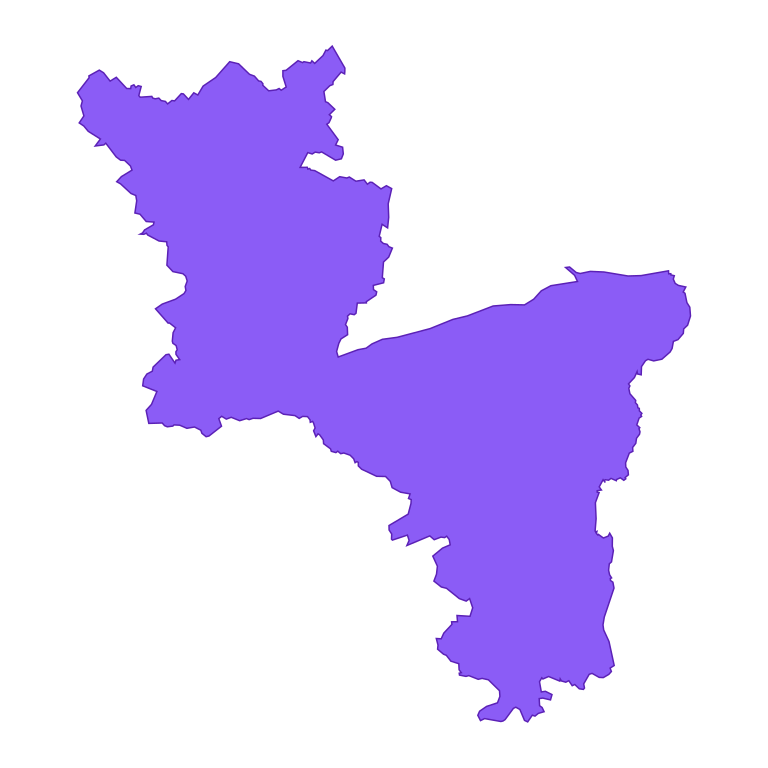 outline of Dundalk South Lea-7, Louth, Ireland
{"feature_id": "5873133B29176849558462", "entity_name": "Dundalk South Lea-7", "entity_type": "district", "adm_level": 2, "iso_a3": "IRL", "parent_name": "Ireland", "parent_adm1": "Louth", "projection": "albers", "projection_center": [-6.463, 53.981], "detail": "fine", "context": "isolated", "style": "filled", "palette": "violet", "viewbox_px": 768, "rotation_deg": 0, "n_neighbors": 0, "source": "geoboundaries", "source_scale": "gbopen_adm2", "svg_char_len": 6059}
<svg xmlns="http://www.w3.org/2000/svg" viewBox="0 0 768 768"><path d="M332.2,46.1L327.5,50.6L325.9,50.1L323.0,55.6L314.7,63.4L311.9,60.8L310.6,63.0L303.9,61.7L302.6,62.6L298.0,60.7L286.1,70.3L282.9,70.7L282.9,76.4L286.2,87.0L281.2,90.2L279.1,88.5L276.3,89.9L268.7,90.8L262.8,85.3L262.9,83.7L261.0,81.4L258.6,80.9L254.4,76.1L249.5,74.3L238.6,63.8L229.7,61.7L215.7,77.5L203.1,86.1L197.8,95.0L193.8,92.8L188.5,99.4L183.4,93.9L181.3,93.6L174.6,100.9L171.9,100.5L167.6,103.9L165.4,101.4L161.2,100.6L158.8,98.1L155.2,98.8L152.8,98.1L151.8,96.4L140.2,97.2L138.8,95.6L141.2,86.5L138.2,85.7L135.8,87.5L133.9,84.8L131.1,86.0L130.7,88.6L126.7,88.5L116.3,77.3L110.1,81.1L103.6,72.8L99.3,70.1L88.9,75.9L89.1,77.7L77.5,92.7L82.4,100.9L81.0,106.0L83.9,115.9L79.2,122.9L83.8,126.0L88.3,131.4L100.4,139.0L95.2,146.0L103.9,144.9L105.8,143.2L116.2,156.9L120.6,160.2L124.6,160.4L130.4,165.9L132.0,170.1L121.4,176.6L116.7,181.7L120.5,183.8L131.0,193.5L135.8,195.5L136.7,200.8L134.9,213.0L140.0,214.2L146.2,221.5L154.0,222.1L153.4,224.8L144.6,229.9L142.5,233.0L140.3,234.1L143.8,234.3L146.4,233.2L147.7,235.0L159.0,241.0L166.7,241.8L167.0,245.4L168.2,246.8L166.9,265.2L172.9,271.6L182.9,273.7L185.7,276.2L187.2,281.0L185.2,286.5L185.9,290.5L184.0,293.6L175.5,299.2L162.2,304.1L155.5,308.8L168.1,323.1L169.5,323.0L175.6,327.8L173.1,332.7L172.3,341.2L172.9,343.3L176.1,345.5L177.2,349.7L175.9,351.8L176.0,354.4L179.7,359.6L176.0,360.2L175.0,363.1L168.9,354.2L166.0,354.7L153.1,367.1L152.3,371.2L146.9,374.0L143.6,379.0L142.7,385.8L156.9,391.5L151.5,404.4L146.1,410.4L148.8,423.4L162.2,423.0L164.6,425.7L167.3,426.8L172.8,426.1L174.1,424.9L179.7,425.2L186.9,428.3L194.5,427.0L200.8,430.2L201.9,433.3L206.1,436.7L209.0,436.0L221.5,426.2L218.8,418.6L221.7,416.3L226.3,419.1L231.2,417.3L239.7,420.7L246.5,418.6L249.1,419.6L253.0,418.3L260.6,418.5L278.2,411.1L283.4,414.2L295.0,415.6L299.2,418.4L302.6,416.4L307.5,416.6L310.0,419.8L310.3,422.3L312.6,421.4L313.5,422.9L315.1,428.0L313.6,430.8L315.9,436.6L318.1,433.8L319.7,434.9L323.3,439.9L323.6,443.7L330.5,448.8L331.3,451.3L335.9,452.6L337.8,451.2L340.7,453.7L343.8,453.0L350.1,455.2L353.7,458.8L355.1,462.7L356.9,461.6L358.3,462.4L358.3,465.9L361.6,469.2L376.6,476.3L385.6,476.5L390.3,481.4L392.1,487.6L400.6,492.2L410.1,493.9L408.5,498.5L411.2,499.6L411.0,503.4L408.2,514.1L389.0,525.5L389.1,530.0L391.7,534.0L391.5,539.1L392.4,540.1L407.4,535.1L409.1,540.4L406.9,545.5L429.8,535.9L434.2,539.7L441.0,537.1L444.6,537.6L446.7,536.2L449.2,539.5L450.2,544.8L442.5,548.1L432.8,556.1L437.4,566.2L436.5,574.2L433.9,581.1L441.3,587.0L446.5,588.3L459.3,598.6L466.2,601.1L469.6,598.6L472.7,607.8L470.0,616.3L457.0,615.5L457.5,621.7L451.6,621.8L451.9,624.4L443.8,633.1L441.2,638.8L436.3,638.5L438.0,645.1L437.6,649.2L443.5,654.2L446.3,655.3L450.9,661.2L458.8,663.7L459.1,669.8L461.3,672.7L459.2,673.2L459.5,675.1L466.0,676.4L468.8,675.6L478.2,679.3L482.1,678.4L488.4,679.8L499.5,690.7L499.9,696.4L497.5,702.8L486.6,706.4L479.6,711.2L477.8,715.3L480.5,720.6L484.6,718.6L500.9,721.5L503.0,721.0L505.1,719.6L513.4,708.4L515.8,707.2L519.9,709.5L524.5,720.4L527.7,721.9L532.3,715.2L535.0,716.1L538.3,713.4L544.1,711.7L542.1,707.5L539.6,705.7L539.2,698.6L542.8,698.1L550.5,699.9L552.0,694.6L545.4,691.3L541.3,691.9L539.5,681.7L541.8,677.8L542.9,679.0L548.6,676.5L559.8,681.1L560.2,678.9L561.5,681.0L565.8,682.2L568.8,680.7L572.2,685.7L574.8,684.5L579.3,688.8L583.4,689.4L584.5,688.0L583.7,683.9L589.2,674.3L592.1,673.4L599.2,677.4L603.3,677.6L608.8,674.4L611.4,671.5L610.1,668.1L614.2,665.5L609.0,641.5L603.7,630.0L603.0,624.9L604.3,617.0L614.0,588.1L612.9,582.2L610.5,580.5L610.3,578.6L611.6,577.9L609.6,574.8L608.6,570.2L609.3,563.8L611.5,561.9L613.4,550.6L612.3,546.3L612.4,537.9L609.7,533.2L608.2,536.1L603.4,538.0L598.4,534.4L597.9,535.0L596.4,533.5L596.8,531.9L595.5,533.0L596.8,531.2L595.8,531.8L595.1,531.0L596.1,518.8L595.4,502.7L599.1,492.6L597.2,492.2L597.2,490.7L601.4,490.0L599.2,486.9L603.1,479.7L605.2,482.5L604.4,480.5L605.2,479.7L608.6,480.2L611.0,478.4L616.3,480.7L616.6,479.5L620.3,477.8L623.8,480.3L625.8,478.8L625.1,477.6L628.4,474.8L628.0,470.4L625.8,467.0L625.6,462.8L629.3,453.1L632.9,451.3L632.6,447.5L635.8,443.3L636.5,438.3L639.5,434.3L640.0,431.8L639.0,428.7L639.8,427.7L636.8,424.9L639.1,418.1L641.6,416.4L640.8,415.0L641.9,413.4L639.4,410.9L639.3,408.4L637.9,407.8L637.4,404.9L635.4,402.7L635.7,400.4L629.9,393.7L628.8,388.3L629.9,385.9L628.5,383.9L634.4,377.6L637.1,371.6L637.5,374.0L641.2,374.8L641.5,366.6L645.5,360.7L648.0,359.3L653.7,360.9L661.9,359.2L670.1,352.0L672.1,348.5L673.4,341.4L678.0,339.6L683.3,333.4L683.7,328.9L687.6,325.2L690.5,316.0L689.8,307.2L686.9,302.6L685.0,293.3L683.2,292.0L685.8,287.0L678.4,285.4L675.2,283.4L673.3,279.1L674.3,275.7L670.9,274.9L670.8,273.7L668.7,273.8L668.5,270.8L641.1,275.6L628.0,276.0L604.0,272.0L590.3,271.4L580.2,273.5L576.2,272.5L569.6,267.0L565.6,267.5L574.6,275.3L577.5,281.5L550.9,285.7L541.3,290.8L533.7,299.2L524.5,304.9L510.5,304.6L493.1,306.0L467.4,315.9L452.9,319.4L430.1,328.6L397.2,337.3L382.4,339.3L372.0,343.9L366.1,348.2L358.0,349.7L338.2,357.0L336.6,351.5L338.8,343.4L341.0,338.9L347.6,334.7L347.3,327.2L345.5,324.6L347.9,318.5L347.5,316.1L350.1,313.8L354.2,314.7L356.0,313.3L357.3,303.1L366.4,302.9L366.3,301.7L376.0,295.1L376.7,291.8L373.5,289.6L373.3,285.4L383.6,282.8L384.3,278.9L382.3,277.7L383.5,262.0L388.7,257.1L392.4,248.1L388.9,246.7L387.1,244.3L383.4,243.5L380.7,241.1L380.8,237.6L379.2,236.3L382.1,224.3L387.6,227.9L388.7,217.3L388.2,203.8L391.7,188.6L386.4,185.7L381.0,188.9L372.2,182.4L370.1,182.2L367.4,184.2L364.1,179.9L355.9,181.2L349.3,177.0L346.9,178.0L339.7,176.7L333.3,180.9L314.7,170.6L310.8,170.1L309.7,168.5L307.9,169.1L307.3,167.3L300.1,167.4L307.8,152.6L312.2,154.0L315.2,152.1L319.3,152.8L321.6,151.9L335.6,160.2L341.4,158.8L343.3,153.9L342.6,147.2L335.6,145.0L338.2,139.7L326.8,124.2L329.0,122.7L331.3,117.7L331.5,116.6L329.3,114.7L334.8,109.3L327.9,102.7L325.5,101.7L323.9,91.5L329.8,85.7L332.9,84.5L333.1,81.6L341.1,72.1L344.6,73.9L344.8,71.9L344.9,68.1L332.2,46.1Z" fill="#8b5cf6" stroke="#5b21b6" stroke-width="1.5"/></svg>